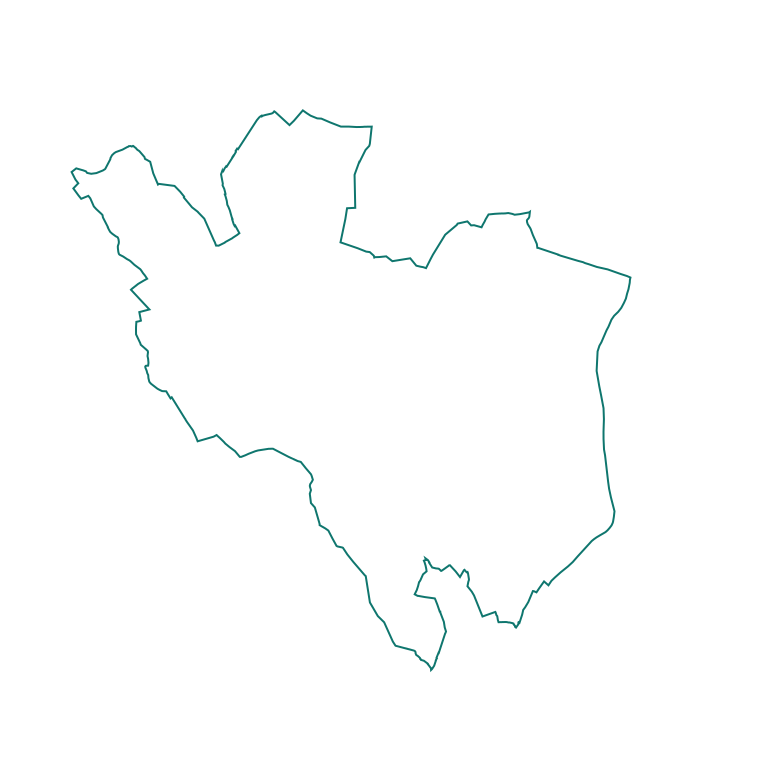 Kūku pag., Krustpils, Latvia, rotated 258°
{"feature_id": "27541924B42844241256431", "entity_name": "Kūku pag.", "entity_type": "district", "adm_level": 2, "iso_a3": "LVA", "parent_name": "Latvia", "parent_adm1": "Krustpils", "projection": "orthographic", "projection_center": [26.01, 56.519], "detail": "fine", "context": "isolated", "style": "outline", "palette": "teal", "viewbox_px": 768, "rotation_deg": 258, "n_neighbors": 0, "source": "geoboundaries", "source_scale": "gbopen_adm2", "svg_char_len": 6111}
<svg xmlns="http://www.w3.org/2000/svg" viewBox="0 0 768 768"><g transform="rotate(258 384 384)"><path d="M125.5,341.0L117.1,357.7L116.6,358.4L116.1,358.8L115.2,359.1L113.9,358.9L112.3,359.2L110.6,360.8L108.6,362.2L107.4,362.3L106.8,363.0L106.4,362.9L105.0,365.5L101.3,368.7L101.1,368.8L100.7,368.6L100.0,369.1L96.6,370.6L96.5,370.8L95.7,371.0L95.3,370.7L94.5,370.6L95.2,371.7L98.0,374.5L103.1,377.5L103.2,377.4L104.7,378.7L105.2,378.4L109.8,381.5L109.6,381.7L127.2,391.9L128.0,392.6L128.5,392.8L129.0,393.2L133.3,392.8L138.9,393.1L148.5,391.6L149.6,391.7L149.7,391.2L157.1,390.3L162.5,389.4L163.7,389.1L167.0,379.9L169.6,373.5L169.7,373.0L170.2,372.3L171.9,370.3L175.6,373.2L179.4,375.4L182.9,377.1L183.4,377.8L184.6,378.9L189.7,382.6L191.9,386.7L194.2,386.9L197.8,386.9L201.3,386.6L202.9,386.3L203.3,388.2L203.2,388.5L204.9,388.3L202.5,390.4L200.0,391.3L199.8,391.0L194.5,393.0L192.8,396.5L192.2,398.5L191.8,399.3L189.3,401.0L189.3,401.4L190.5,404.3L192.7,409.3L193.0,409.7L193.0,410.8L185.8,415.1L179.4,418.2L185.2,423.4L185.5,424.1L183.6,425.1L182.5,425.9L182.6,426.3L182.7,426.6L181.5,426.8L175.4,426.5L174.4,426.2L173.1,425.4L168.8,423.6L162.6,426.7L158.4,428.1L136.1,432.0L137.9,445.5L137.2,445.7L134.5,445.9L133.4,446.5L129.4,446.3L127.2,446.5L126.0,453.0L125.6,454.6L124.9,456.1L124.6,457.3L123.3,460.1L122.8,460.8L122.1,460.8L121.7,461.2L121.1,461.2L120.4,461.8L119.3,461.7L118.3,462.5L121.2,465.6L122.2,466.2L122.5,465.8L123.0,466.1L122.3,466.9L129.7,471.2L134.1,473.2L136.2,475.6L140.7,479.8L150.5,486.6L150.2,487.5L148.5,489.8L151.9,493.3L157.6,499.5L152.9,503.0L156.7,506.9L159.2,510.9L163.1,517.7L167.3,526.0L170.6,531.6L175.1,537.6L187.2,554.5L188.5,557.0L189.8,560.0L191.2,564.1L192.2,567.2L193.1,569.9L194.4,572.2L196.4,574.9L198.4,577.2L200.7,578.9L201.9,579.5L206.2,581.2L211.6,583.0L226.0,582.4L234.8,582.4L241.7,582.9L268.3,585.4L274.2,585.6L284.5,587.3L291.7,588.8L303.9,591.8L314.7,593.7L328.0,594.0L336.9,594.1L352.6,594.7L371.5,599.7L376.7,602.7L379.6,605.3L390.2,612.8L393.4,615.5L399.7,619.9L402.9,623.3L405.9,628.1L409.1,631.9L413.5,635.6L417.3,638.4L421.7,640.5L425.8,642.8L431.9,645.4L434.7,646.2L436.9,647.2L439.1,644.1L442.5,638.2L449.6,626.6L454.2,616.6L458.7,609.0L460.4,605.9L461.8,604.0L464.0,599.6L472.7,583.6L474.1,581.3L474.3,581.4L484.9,563.4L485.3,562.3L489.0,562.6L489.8,562.5L498.8,560.6L505.0,559.7L506.2,559.4L510.5,557.8L512.7,557.6L514.3,557.8L514.8,558.2L515.2,558.7L516.0,559.9L517.3,560.9L522.1,562.5L521.7,561.6L521.9,552.3L522.4,547.0L523.7,544.9L525.4,541.1L525.7,537.8L526.6,533.1L527.4,527.9L528.1,521.5L523.8,517.5L522.1,516.3L519.2,513.7L517.0,512.0L520.6,505.1L521.0,502.2L525.7,499.4L525.6,489.4L524.4,488.2L517.3,474.9L500.4,458.8L496.7,455.7L488.6,449.2L490.1,446.7L491.1,444.2L493.0,440.2L501.5,435.8L502.4,417.7L508.4,412.7L509.2,405.5L509.9,401.8L509.7,400.8L511.6,400.7L516.0,397.5L517.2,394.1L522.2,386.6L531.6,370.9L553.4,380.5L563.6,384.4L562.3,392.5L594.7,398.7L595.9,399.4L606.3,405.9L606.1,406.1L616.8,414.6L620.0,419.1L621.9,420.1L638.3,425.5L639.7,418.4L640.0,416.0L641.0,410.8L643.2,402.7L644.7,395.4L651.0,385.8L656.6,377.9L657.7,373.9L661.7,368.0L665.0,364.7L668.5,361.5L660.2,350.6L656.9,345.4L672.6,334.2L673.5,333.3L672.7,332.3L672.1,331.3L671.9,330.0L671.8,323.7L671.6,321.3L671.1,320.0L671.5,319.8L672.2,321.1L671.7,319.4L671.3,318.4L670.7,317.3L669.6,315.9L668.5,314.5L644.0,290.0L644.8,289.3L642.8,287.3L642.4,287.5L641.8,287.4L638.6,284.5L638.8,284.3L637.4,282.9L637.2,283.1L629.3,275.3L629.8,274.9L628.1,273.0L625.3,270.8L625.7,270.0L625.9,270.0L623.0,268.2L613.5,268.0L611.9,267.4L608.1,268.3L606.0,268.4L602.8,268.5L602.6,267.7L600.8,268.0L595.8,268.3L591.9,268.0L589.7,268.6L585.9,269.3L579.0,269.7L576.9,270.1L576.8,269.7L571.7,270.2L569.5,270.8L569.9,271.4L561.6,273.9L560.4,271.5L558.6,266.8L558.1,265.8L555.8,258.2L555.4,257.7L553.7,251.1L554.3,248.5L557.9,248.0L559.7,247.5L583.1,242.6L590.9,237.7L591.1,237.7L596.8,232.9L597.6,232.5L608.0,227.0L608.8,227.5L614.5,224.6L621.3,220.3L626.6,205.3L626.1,204.4L638.0,202.1L650.0,201.5L653.2,197.9L653.5,197.3L654.0,197.0L655.8,196.9L662.7,193.1L664.4,191.4L666.7,190.1L667.4,189.4L668.9,188.3L669.1,188.0L668.7,186.7L669.4,185.7L669.7,183.9L669.3,183.2L669.2,182.3L667.6,176.9L666.6,169.9L665.9,168.1L664.3,165.5L661.8,163.4L660.7,163.0L652.4,156.1L652.1,155.6L651.3,153.4L650.1,146.5L650.5,141.3L652.2,137.5L654.0,136.6L655.5,134.2L658.9,127.8L656.3,122.5L648.1,124.7L643.9,126.7L639.9,120.8L631.9,124.4L628.1,126.3L629.5,133.9L626.7,135.3L618.0,137.1L614.9,138.9L609.1,143.0L607.7,143.8L605.4,143.7L594.7,146.6L594.5,146.4L591.9,147.1L589.7,147.8L587.5,149.4L584.2,152.4L583.1,153.8L582.6,154.1L580.8,154.4L578.1,154.2L576.5,153.7L574.7,152.6L573.8,152.2L571.9,151.9L568.5,151.6L566.6,151.7L566.0,151.9L565.4,152.3L562.9,155.4L559.6,158.6L558.0,160.5L556.8,161.6L552.5,164.6L546.9,169.5L545.2,170.3L542.6,171.3L539.9,172.7L536.2,174.2L535.2,170.8L533.0,164.3L529.6,157.4L528.8,156.1L505.7,170.0L505.2,159.6L496.5,159.4L496.3,157.6L496.3,154.7L491.3,153.3L487.7,152.5L484.1,151.8L474.5,154.1L473.0,154.2L465.6,159.7L464.3,159.8L460.5,158.5L457.7,158.5L453.6,158.0L451.0,157.1L451.3,154.9L451.1,154.5L450.7,154.1L449.6,154.0L446.3,154.6L443.7,154.7L441.8,155.2L438.8,154.8L435.1,154.9L433.8,155.5L432.5,156.3L426.5,161.4L424.7,163.5L423.2,165.5L422.7,167.2L422.5,168.1L422.1,169.5L419.3,170.4L414.3,172.2L415.1,173.6L392.0,181.9L390.9,182.4L390.5,182.4L388.1,183.3L378.2,187.5L370.4,189.2L366.7,189.8L367.9,206.4L368.9,209.6L365.2,212.3L360.7,215.3L358.7,216.4L354.4,219.8L349.3,224.3L342.7,227.8L342.4,229.2L343.1,233.5L343.9,237.1L345.0,244.0L345.2,247.0L344.6,257.6L343.8,261.9L332.6,275.5L326.6,283.5L325.1,286.4L317.9,290.0L310.9,293.8L309.5,294.1L305.2,294.5L305.0,294.4L303.4,293.1L301.4,291.0L299.9,290.3L298.9,290.2L295.4,290.5L292.1,288.6L282.7,287.8L277.6,290.7L262.5,291.8L260.5,291.9L259.3,291.7L254.9,296.6L252.2,299.1L243.8,301.4L235.5,303.9L234.8,304.7L232.7,309.3L232.3,309.8L224.9,312.7L216.5,316.9L200.8,325.5L199.9,326.2L173.2,324.8L158.3,329.7L150.9,334.6L130.2,339.1L125.7,340.8L125.5,341.0Z" fill="none" stroke="#0f766e" stroke-width="2"/></g></svg>